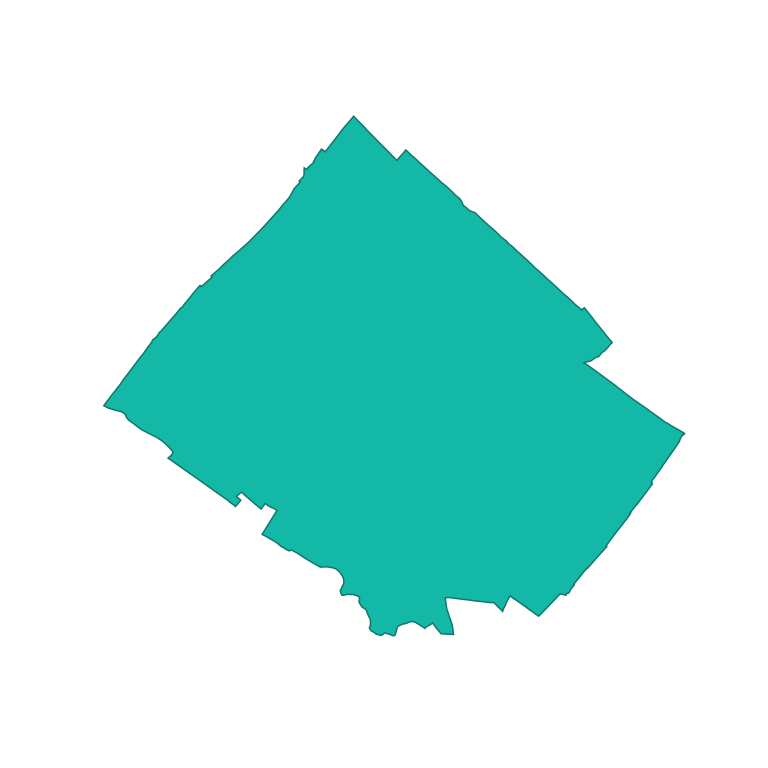 Vladeni, Botosani, Romania (orthographic projection), rotated 164°
{"feature_id": "2599482B92223550861236", "entity_name": "Vladeni", "entity_type": "district", "adm_level": 2, "iso_a3": "ROU", "parent_name": "Romania", "parent_adm1": "Botosani", "projection": "orthographic", "projection_center": [26.517, 47.71], "detail": "fine", "context": "isolated", "style": "filled", "palette": "teal", "viewbox_px": 768, "rotation_deg": 164, "n_neighbors": 0, "source": "geoboundaries", "source_scale": "gbopen_adm2", "svg_char_len": 6147}
<svg xmlns="http://www.w3.org/2000/svg" viewBox="0 0 768 768"><g transform="rotate(164 384 384)"><path d="M659.3,440.4L655.8,437.0L649.2,432.7L644.3,429.9L642.0,427.7L641.1,425.6L640.5,422.2L639.5,419.8L636.1,415.5L631.5,409.3L629.1,406.4L617.5,395.6L613.1,390.7L611.0,387.5L609.6,385.1L607.3,380.9L605.8,377.7L605.9,376.0L608.0,374.2L612.0,372.3L599.1,356.2L587.5,341.9L571.2,321.4L565.6,314.6L565.6,314.2L564.4,312.3L561.4,308.8L560.8,307.2L558.9,308.1L553.7,311.8L556.9,316.7L550.9,319.3L545.6,311.2L540.6,303.5L536.5,297.6L534.0,299.7L531.0,301.8L529.1,299.2L528.4,298.4L527.8,297.8L523.9,294.5L521.7,292.0L541.9,273.7L542.7,272.9L541.7,272.2L540.1,270.7L531.6,261.9L529.8,259.5L528.1,256.9L527.4,255.9L526.9,255.4L526.0,254.8L525.6,254.3L524.9,253.4L523.4,251.6L521.1,249.8L520.7,249.6L519.2,250.2L518.9,250.2L517.7,249.0L517.0,248.2L516.3,247.6L513.3,244.7L510.5,241.3L509.0,239.4L506.2,236.4L501.1,231.0L497.7,227.6L495.8,225.7L494.8,225.2L492.8,224.9L489.4,224.0L486.4,222.7L482.9,220.8L481.7,220.0L480.4,218.5L478.5,215.6L476.8,210.2L476.7,208.7L476.6,207.5L476.7,206.6L477.0,205.3L477.7,203.3L478.2,202.6L478.8,202.1L481.6,199.0L482.3,198.3L482.6,198.1L482.9,197.6L483.0,197.3L483.1,196.7L483.1,195.9L482.8,194.0L483.0,193.2L482.7,192.7L481.9,192.3L481.0,192.0L477.7,191.9L476.9,191.7L476.2,191.6L474.2,190.8L472.9,190.6L471.7,190.2L470.4,189.2L469.1,188.5L468.0,187.7L467.0,186.5L466.6,185.9L466.5,185.4L466.5,184.7L466.8,184.1L467.5,183.0L467.8,182.2L468.1,181.3L468.0,180.3L467.7,179.6L467.3,178.2L466.9,176.6L466.5,175.6L465.8,174.8L465.2,174.2L464.3,173.1L463.8,172.2L463.4,171.1L463.2,170.2L463.2,168.8L462.8,165.0L462.6,164.3L462.4,163.0L462.1,162.1L462.1,161.3L462.3,160.5L462.5,159.4L462.9,157.9L463.2,156.9L463.8,155.6L464.4,154.6L465.2,153.8L465.3,153.5L465.2,153.0L464.7,150.8L463.8,149.6L462.2,148.2L461.7,147.6L460.6,145.9L459.9,145.4L458.1,144.4L456.9,143.6L456.0,143.3L455.4,143.2L454.7,143.3L452.9,144.2L451.4,144.3L450.8,144.0L449.9,143.2L449.3,142.8L448.4,142.5L447.7,141.9L445.3,139.9L443.8,139.3L443.3,139.3L442.9,139.4L442.3,139.9L441.8,140.7L440.6,142.4L440.0,143.5L439.4,144.8L438.4,146.1L437.8,146.8L437.2,147.2L436.3,147.4L435.2,147.7L432.8,148.0L432.2,148.0L431.1,147.9L428.9,147.8L423.9,148.2L422.5,148.0L421.6,147.5L420.1,146.6L419.2,145.8L418.3,144.8L416.5,143.1L415.8,142.2L412.8,138.8L412.1,137.9L412.0,138.3L411.8,138.4L404.5,140.3L403.7,140.5L403.1,140.8L400.8,134.6L397.9,128.1L386.2,124.1L385.0,132.0L384.9,133.4L385.1,139.6L385.4,144.0L385.6,150.1L385.3,153.4L384.1,161.7L380.6,160.9L367.1,155.1L364.3,154.0L353.6,149.3L352.3,148.9L350.6,148.1L348.7,147.4L344.5,145.5L338.6,143.5L337.2,141.1L336.1,139.0L333.8,135.0L333.4,134.2L332.8,133.3L332.6,132.8L332.3,133.3L330.9,135.2L329.8,136.4L328.3,137.7L327.6,139.0L327.1,139.7L323.9,143.0L321.3,145.6L320.8,145.0L319.7,143.5L318.1,141.5L316.7,140.0L315.0,137.9L312.2,134.4L310.3,132.1L308.8,130.2L307.0,127.7L303.4,123.3L301.7,121.0L299.3,118.2L296.9,119.5L278.2,130.3L272.5,133.8L267.4,130.8L265.7,132.5L265.3,132.2L264.5,132.1L263.9,132.3L263.3,132.7L262.4,133.6L261.4,134.9L260.8,135.4L256.5,138.5L256.9,139.2L246.2,146.5L246.3,146.6L239.5,151.1L239.2,150.8L214.6,166.4L215.2,167.2L201.1,177.9L193.5,183.3L184.1,190.3L184.4,190.6L182.6,191.8L183.0,192.2L174.0,198.9L173.9,198.6L153.7,213.8L154.2,214.6L153.5,215.2L154.1,216.2L139.4,227.9L139.5,228.0L123.3,241.1L115.5,247.6L115.8,248.0L113.0,251.0L110.9,253.1L110.1,252.5L108.7,253.7L111.9,257.1L119.2,264.5L121.9,267.6L124.1,269.7L127.1,273.5L127.7,274.4L135.6,284.3L137.4,286.7L148.4,300.2L154.3,308.1L162.9,319.9L169.7,328.7L172.6,332.6L177.9,339.4L183.5,346.5L186.0,349.1L184.0,349.3L182.4,349.5L180.7,349.2L179.7,349.1L178.7,349.3L177.8,349.5L173.0,351.3L172.5,351.3L170.7,351.1L170.1,351.2L169.7,351.4L166.6,353.7L165.8,354.1L162.8,355.1L159.0,357.3L158.0,357.9L155.6,359.8L153.9,360.5L153.2,361.1L154.6,364.0L155.6,366.3L163.4,384.8L165.3,389.7L166.9,393.6L167.0,393.9L169.3,399.5L169.8,400.7L170.4,402.0L171.6,401.7L173.6,400.6L174.4,402.1L175.1,403.1L177.8,407.0L182.6,415.2L183.9,417.5L184.4,418.1L185.6,419.8L187.4,422.6L189.7,426.5L193.8,433.3L196.8,438.0L201.0,445.1L203.8,449.5L205.5,451.9L206.3,453.1L207.8,455.8L208.7,457.5L212.6,464.1L220.4,476.7L222.4,480.3L223.3,481.6L225.1,483.9L225.5,484.6L227.1,488.1L227.5,488.6L228.4,489.6L229.2,490.7L229.9,491.5L230.4,492.3L231.3,493.8L234.6,499.7L239.9,507.8L241.2,510.0L241.8,510.9L242.0,511.2L242.8,512.4L243.3,513.5L244.5,515.2L244.9,516.0L246.7,519.1L249.1,523.4L249.5,523.7L253.2,526.5L253.6,526.9L253.9,527.2L254.8,528.4L256.8,531.5L257.7,532.6L258.4,533.6L258.7,534.4L258.8,535.8L259.0,537.5L259.1,538.4L260.0,541.0L260.4,541.8L262.1,544.1L264.2,547.3L265.1,549.3L268.0,554.2L269.4,556.5L271.7,559.8L271.8,560.0L273.3,561.9L275.4,565.6L277.7,569.2L279.2,571.6L280.5,573.5L281.6,575.3L281.7,575.5L281.9,575.8L285.7,582.0L287.0,584.0L289.7,588.6L291.8,592.1L295.2,597.3L296.0,598.8L296.9,600.3L298.5,602.9L304.5,598.9L305.3,598.5L310.1,595.4L315.7,605.9L322.6,618.3L325.2,623.2L330.4,632.8L330.7,633.6L333.7,639.3L336.1,643.6L339.4,649.8L341.8,648.1L352.5,641.1L362.5,633.6L376.6,623.4L377.3,624.4L378.1,625.8L378.6,625.6L379.4,627.0L388.3,619.6L388.1,619.2L390.3,617.4L389.9,616.7L397.0,613.2L399.6,611.8L400.5,612.9L401.1,613.7L402.1,611.1L402.3,609.8L403.0,607.9L403.9,605.8L405.0,605.2L409.7,602.4L409.1,601.1L414.0,598.0L416.5,596.6L419.9,593.0L423.7,589.4L427.8,586.6L431.6,584.3L436.7,580.6L442.6,576.9L451.0,571.6L460.6,565.8L475.4,557.5L487.4,551.7L494.1,548.8L497.7,546.7L505.7,542.9L510.9,539.9L520.3,535.6L519.8,534.2L521.9,533.1L528.6,529.9L532.7,528.0L533.2,529.2L533.9,529.4L539.7,525.6L543.6,523.0L545.2,521.7L546.9,520.5L552.4,516.8L553.8,515.8L555.2,514.8L555.6,514.1L556.0,513.7L556.7,513.4L558.2,513.2L559.3,512.5L565.2,508.4L574.0,502.7L582.2,497.3L584.5,496.0L585.7,495.4L586.6,494.7L588.1,493.1L589.5,492.2L592.1,490.9L594.3,490.2L594.8,489.4L595.5,488.6L598.5,486.1L599.8,485.3L600.8,484.6L605.4,480.8L608.1,478.7L611.0,476.8L629.1,463.1L632.6,460.6L636.8,457.1L637.9,456.1L641.2,453.9L644.4,451.4L647.6,449.3L652.8,445.3L657.7,441.7L659.3,440.4Z" fill="#14b8a6" stroke="#0f766e" stroke-width="1.5"/></g></svg>